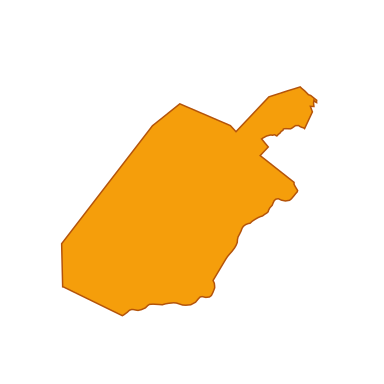 Morne Panache, Dennery, Saint Lucia (Albers equal-area conic projection), rotated 26°
{"feature_id": "8701671B87673640484733", "entity_name": "Morne Panache", "entity_type": "district", "adm_level": 2, "iso_a3": "LCA", "parent_name": "Saint Lucia", "parent_adm1": "Dennery", "projection": "albers", "projection_center": [-60.933, 13.923], "detail": "fine", "context": "isolated", "style": "filled", "palette": "amber", "viewbox_px": 384, "rotation_deg": 26, "n_neighbors": 0, "source": "geoboundaries", "source_scale": "gbopen_adm2", "svg_char_len": 1767}
<svg xmlns="http://www.w3.org/2000/svg" viewBox="0 0 384 384"><g transform="rotate(26 192 192)"><path d="M286.5,145.9L286.3,144.4L282.0,141.6L280.3,140.3L279.5,138.6L237.3,129.4L240.8,118.1L231.3,113.8L232.2,112.2L234.5,109.0L237.4,106.5L238.1,106.1L239.5,105.7L241.1,104.3L243.5,104.5L243.9,104.1L244.2,102.6L245.3,100.4L245.6,98.4L246.7,96.7L246.5,95.5L247.2,94.7L248.7,93.9L252.9,92.0L253.8,90.8L255.9,87.0L258.8,85.5L260.1,85.8L261.7,85.8L262.8,85.7L264.1,85.4L265.4,85.7L265.1,67.2L260.8,63.1L264.1,61.7L262.2,58.7L261.4,56.2L262.5,56.7L263.6,57.0L264.8,57.0L264.2,55.9L263.9,54.9L256.3,53.2L255.8,53.3L254.0,53.5L249.0,51.7L244.9,50.7L243.2,50.1L239.5,53.6L238.7,54.4L233.7,59.0L219.4,72.8L205.1,118.5L197.4,115.5L184.6,116.1L142.4,118.1L127.5,149.6L127.4,149.8L126.2,155.8L112.1,224.3L97.5,295.6L117.3,333.9L117.6,333.7L183.6,333.7L184.5,332.4L185.3,330.9L186.5,328.6L187.6,325.7L189.2,324.1L190.7,323.4L193.4,322.7L195.4,322.1L198.1,319.9L200.9,316.6L202.0,313.4L203.0,311.7L206.1,309.9L212.1,307.4L214.7,306.4L217.1,304.2L219.9,302.2L224.1,299.6L226.8,298.6L233.1,297.7L236.0,296.5L240.3,293.9L243.5,289.5L244.6,285.0L245.4,282.7L247.1,281.5L250.6,280.7L253.7,278.7L254.8,276.5L254.8,272.7L254.4,268.2L253.5,266.5L252.1,264.3L249.7,262.3L251.8,237.6L252.2,234.5L252.9,231.6L254.0,227.6L254.8,223.5L255.0,220.5L254.8,217.5L253.7,214.8L253.1,212.3L253.2,209.1L253.2,205.4L252.9,202.8L253.2,200.3L254.5,197.8L256.3,195.8L257.9,194.6L258.9,191.9L260.7,188.9L262.6,186.1L264.1,184.3L265.9,182.6L267.1,180.2L268.4,178.2L269.1,176.4L268.8,174.7L268.9,172.1L269.9,168.7L269.7,166.6L269.7,163.6L270.5,161.7L272.5,160.2L276.1,160.1L279.9,159.1L283.3,156.7L284.3,154.6L285.3,150.7L285.9,147.9L286.5,145.9Z" fill="#f59e0b" stroke="#b45309" stroke-width="1.5"/></g></svg>